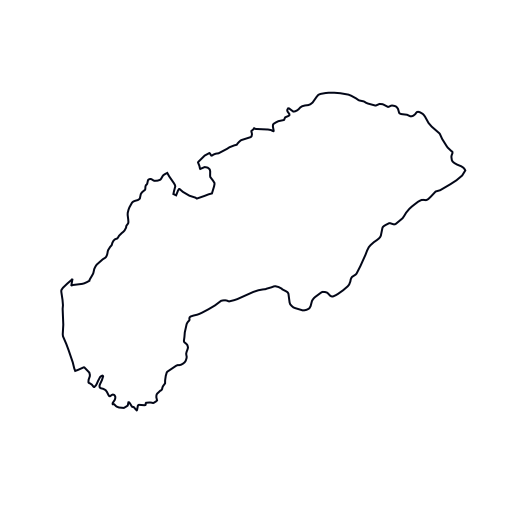 Que Son, Quàng Nam, Vietnam (Robinson projection), rotated 196°
{"feature_id": "81297802B89611140069217", "entity_name": "Que Son", "entity_type": "district", "adm_level": 2, "iso_a3": "VNM", "parent_name": "Vietnam", "parent_adm1": "Quàng Nam", "projection": "robinson", "projection_center": [108.254, 15.725], "detail": "fine", "context": "isolated", "style": "outline", "palette": "ink", "viewbox_px": 512, "rotation_deg": 196, "n_neighbors": 0, "source": "geoboundaries", "source_scale": "gbopen_adm2", "svg_char_len": 6049}
<svg xmlns="http://www.w3.org/2000/svg" viewBox="0 0 512 512"><g transform="rotate(196 256 256)"><path d="M152.9,275.0L151.1,287.3L150.7,291.9L150.0,295.6L148.9,298.0L146.5,301.8L144.2,304.6L142.7,306.7L141.9,308.4L141.6,310.0L142.2,317.7L142.1,318.7L141.5,319.8L140.1,321.4L137.1,324.2L136.0,324.5L133.5,324.4L132.3,324.4L131.3,324.7L130.4,325.5L125.5,332.7L124.6,335.4L123.6,339.1L121.6,343.6L119.9,346.4L117.8,349.3L115.2,352.8L113.7,354.3L112.3,355.5L110.5,356.1L108.1,356.5L107.3,357.0L106.1,358.2L104.4,361.1L101.1,367.5L97.1,370.0L89.0,378.5L84.2,384.0L80.0,390.2L78.4,395.9L79.2,396.8L80.9,398.0L83.4,398.8L87.9,399.3L90.8,400.0L92.3,400.6L93.3,401.2L94.2,402.2L95.5,405.1L95.7,406.6L95.5,408.9L95.8,410.1L96.2,410.4L97.5,410.9L101.7,413.1L103.3,414.4L109.3,419.8L112.9,424.0L113.6,424.5L122.8,428.8L126.8,431.4L132.0,436.6L133.7,437.9L135.0,438.6L137.8,439.3L139.2,439.4L140.1,439.2L140.9,438.8L141.5,437.8L142.0,436.3L143.4,434.3L144.6,433.4L145.7,432.9L146.7,432.9L149.7,433.4L155.3,432.5L156.3,432.5L157.3,432.7L157.9,433.1L160.0,436.5L161.2,437.5L162.4,438.2L163.5,438.4L164.5,438.4L166.5,438.2L167.5,437.8L169.7,435.9L170.3,435.7L174.7,436.6L176.2,436.8L179.2,436.2L182.1,433.8L182.8,433.5L190.5,433.4L192.4,433.6L194.4,434.2L195.2,434.3L199.6,434.0L200.4,434.1L203.3,435.1L208.7,436.3L211.6,436.6L219.9,435.7L225.8,434.5L230.8,433.1L234.1,431.8L238.4,429.7L239.7,428.8L240.6,427.9L241.6,425.7L243.9,419.1L245.6,416.8L247.3,415.5L250.4,414.2L252.9,412.7L254.4,411.0L255.5,408.8L256.8,407.1L258.5,405.7L260.0,405.1L265.0,407.0L265.8,406.8L266.2,405.3L266.0,404.3L265.4,403.5L263.1,401.7L262.7,400.7L262.9,400.2L263.5,399.5L266.1,397.4L266.3,396.7L266.5,394.7L266.7,394.4L271.6,391.8L273.7,389.9L275.5,387.9L275.8,387.1L275.8,386.6L275.4,385.0L273.6,381.4L273.5,381.0L273.6,380.8L274.6,380.8L276.3,381.2L277.3,381.1L279.3,380.9L291.5,378.0L293.0,378.3L293.3,377.3L294.9,374.8L294.6,374.0L294.0,373.2L293.4,371.8L293.3,369.8L293.9,368.8L302.0,363.4L302.6,362.8L303.8,360.9L304.7,359.1L305.2,357.6L307.3,356.4L311.5,353.2L313.3,351.1L320.3,344.4L322.6,343.4L323.8,342.6L324.9,341.7L325.8,340.6L326.3,340.3L326.6,340.2L327.4,340.8L328.6,341.9L329.2,342.1L333.0,338.4L337.4,330.6L337.5,329.9L335.3,327.1L333.9,324.5L333.6,324.3L329.9,327.3L328.5,327.5L326.8,327.6L325.3,327.0L324.3,326.4L323.4,324.8L322.2,320.4L321.7,319.3L318.1,316.6L316.1,314.8L315.7,313.7L315.5,311.4L315.6,304.0L318.6,302.2L322.0,299.6L328.7,294.9L330.3,295.4L336.6,295.6L344.0,297.5L347.9,299.3L348.4,299.2L349.0,297.5L349.5,292.3L352.5,292.8L352.7,295.9L352.8,300.7L353.5,301.9L354.9,303.3L361.5,308.7L364.2,311.4L366.1,309.6L367.3,308.2L367.8,307.0L368.5,304.1L369.0,303.0L369.9,302.3L371.4,301.3L374.2,300.3L375.2,300.3L377.6,301.0L378.4,301.0L379.3,300.7L380.3,299.9L380.6,299.4L380.7,298.8L380.5,295.5L380.8,294.5L381.3,293.8L381.4,293.0L381.4,292.2L380.9,289.9L380.9,289.1L382.9,286.2L383.6,284.6L383.8,283.6L383.5,279.3L383.8,278.6L385.0,277.2L387.3,275.8L388.5,274.9L389.3,274.1L389.9,273.0L391.1,267.8L391.3,265.4L391.2,262.1L390.7,260.1L388.9,255.9L388.0,253.4L387.9,252.1L388.9,249.4L388.9,248.5L388.7,247.5L389.4,244.3L390.2,242.7L391.4,241.0L393.2,237.8L393.8,235.5L394.4,234.4L395.8,233.5L396.3,233.0L397.2,231.4L397.7,229.1L397.7,227.0L397.8,226.4L398.7,224.6L399.7,221.1L399.8,219.7L399.6,218.0L399.5,216.2L399.7,214.6L400.0,213.5L400.5,212.7L402.4,210.6L406.5,204.2L407.1,202.9L407.6,200.8L407.9,198.9L407.7,195.6L407.7,194.2L408.3,191.6L409.2,188.2L409.4,187.0L409.3,186.3L411.4,184.2L413.7,182.3L415.4,181.3L423.9,177.7L425.1,176.9L425.4,177.0L426.1,183.5L426.5,182.5L429.7,177.6L432.8,172.3L433.6,170.0L433.6,168.8L433.1,167.5L429.9,160.5L428.0,155.5L427.3,151.9L422.3,136.8L420.2,127.5L419.4,125.6L414.0,119.0L410.1,113.7L402.8,103.2L399.7,97.8L398.1,95.7L395.9,97.3L390.9,101.5L390.3,101.6L384.1,98.0L382.9,95.9L382.6,94.5L382.8,90.9L382.4,88.9L382.1,88.2L381.6,87.9L380.6,87.8L378.3,87.1L376.4,85.7L375.7,85.4L375.3,85.5L374.2,87.5L373.8,89.4L373.4,92.3L372.5,96.7L371.9,97.6L371.2,98.3L370.6,98.7L370.2,98.6L369.8,98.2L369.8,97.4L369.9,94.2L370.6,89.9L370.7,88.5L370.4,87.3L369.9,86.5L368.7,86.1L366.2,86.2L363.6,85.6L361.9,84.3L359.5,81.7L358.5,80.9L357.9,80.9L357.5,81.1L356.5,82.5L355.5,83.3L354.7,83.4L353.9,83.3L353.2,82.8L352.4,81.8L352.1,80.6L352.1,78.8L353.2,75.3L353.1,74.3L352.8,74.0L351.5,74.4L349.2,73.1L348.3,72.8L346.0,72.6L341.2,73.5L339.9,74.8L338.2,76.7L338.1,77.4L338.3,80.2L337.9,80.4L336.8,79.8L333.7,77.0L333.0,76.9L332.4,77.1L331.9,77.1L329.0,75.2L328.1,74.8L327.9,75.2L328.3,79.6L327.9,80.4L327.4,80.7L322.1,81.8L321.2,82.3L321.1,82.7L321.4,84.0L321.2,84.6L318.1,85.8L316.4,86.2L314.4,86.3L313.8,86.7L312.0,88.7L311.3,89.9L312.9,92.8L313.3,94.6L313.3,95.6L313.0,96.6L312.0,98.2L311.0,100.0L310.3,100.6L309.8,101.4L309.6,102.1L309.7,104.1L309.4,105.6L308.3,108.5L309.1,111.5L309.7,115.9L309.7,119.3L309.4,120.3L302.6,128.4L301.3,129.5L299.5,130.0L298.0,130.9L296.5,132.4L295.3,134.1L294.7,135.9L294.6,138.6L294.8,139.9L295.8,141.9L296.2,142.9L296.3,144.8L296.1,147.2L296.1,149.1L296.8,150.5L297.7,151.7L299.3,152.6L300.8,153.2L301.5,153.7L301.9,154.5L302.5,158.5L303.4,163.0L303.9,171.3L303.7,172.6L303.2,174.2L302.5,175.4L302.3,176.3L302.8,177.4L302.9,178.2L302.8,178.9L302.2,179.8L299.7,181.5L296.3,183.4L294.4,184.8L292.3,186.6L287.0,191.7L281.8,197.2L277.2,203.3L275.3,204.3L273.1,205.0L271.4,205.1L270.0,204.9L269.2,205.0L264.7,207.6L262.1,209.4L248.7,220.7L244.3,223.7L240.3,225.7L237.6,226.8L236.8,227.5L232.6,230.1L230.3,231.8L229.0,232.3L225.8,232.4L222.3,231.7L221.6,231.2L217.5,230.4L215.8,229.9L215.0,229.3L214.4,228.6L210.9,220.6L209.8,219.0L207.9,217.8L205.9,216.9L204.0,216.7L196.1,216.6L194.6,217.1L192.6,218.2L190.9,219.7L190.2,220.7L189.7,222.9L189.8,228.2L189.4,229.8L188.6,231.7L187.7,233.1L183.4,238.7L182.4,239.7L179.9,240.4L177.8,240.4L176.7,240.0L173.6,238.2L172.4,238.0L171.4,238.1L170.6,238.5L168.4,240.4L166.8,242.1L162.8,247.1L159.5,252.1L158.6,254.2L158.3,257.5L158.5,259.6L158.3,261.2L157.9,262.4L155.1,265.6L154.5,266.8L152.9,275.0Z" fill="none" stroke="#020617" stroke-width="2"/></g></svg>